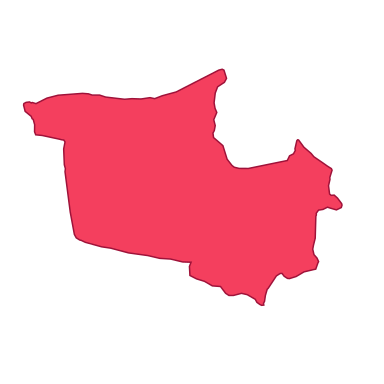 the district of Quesada, Jutiapa, Guatemala, rotated 346°
{"feature_id": "79465075B71071315687381", "entity_name": "Quesada", "entity_type": "district", "adm_level": 2, "iso_a3": "GTM", "parent_name": "Guatemala", "parent_adm1": "Jutiapa", "projection": "orthographic", "projection_center": [-90.049, 14.283], "detail": "fine", "context": "isolated", "style": "filled", "palette": "rose", "viewbox_px": 384, "rotation_deg": 346, "n_neighbors": 0, "source": "geoboundaries", "source_scale": "gbopen_adm2", "svg_char_len": 1864}
<svg xmlns="http://www.w3.org/2000/svg" viewBox="0 0 384 384"><g transform="rotate(346 192 192)"><path d="M54.2,98.7L60.3,100.9L76.4,108.8L78.0,109.7L79.2,110.2L80.2,110.6L80.9,112.7L77.9,119.2L74.7,134.7L74.8,138.7L73.7,141.6L69.0,182.0L67.6,204.7L68.6,208.5L71.4,211.4L72.9,212.2L76.3,215.0L77.2,215.5L91.0,223.3L99.5,226.8L115.6,235.7L133.8,243.0L144.7,248.6L154.8,251.8L166.0,257.6L174.1,259.9L171.5,263.6L169.8,272.5L175.4,277.4L182.5,281.7L189.0,288.0L196.8,290.6L200.1,298.4L202.8,301.3L207.1,302.4L215.5,302.3L220.8,305.0L227.4,311.4L228.3,314.8L230.6,317.5L232.1,318.8L234.3,319.1L234.5,317.2L235.9,315.7L238.2,310.1L241.4,304.6L242.7,303.8L253.6,293.8L257.8,292.4L259.7,292.8L261.0,296.0L263.7,298.9L265.6,299.6L272.6,299.2L281.4,296.6L291.4,296.7L293.4,296.8L297.0,291.3L298.0,290.2L297.3,286.3L295.2,282.3L295.3,276.7L297.0,273.0L300.4,266.6L306.3,245.5L307.1,244.4L307.4,242.7L310.4,240.2L314.9,240.6L319.8,239.5L321.8,240.8L327.8,244.3L333.1,243.2L334.4,241.0L334.4,239.5L331.7,233.1L329.2,229.4L326.2,228.9L325.0,227.3L326.0,218.9L328.9,213.2L329.2,211.3L333.2,204.7L332.9,203.0L331.8,201.9L329.6,199.6L325.9,195.3L318.8,187.3L316.9,183.4L311.4,175.6L308.0,167.3L307.1,166.9L306.1,167.6L302.3,175.1L302.3,176.6L299.7,179.5L295.4,180.5L292.1,184.5L252.4,182.8L243.4,180.5L239.0,178.2L237.2,175.9L234.0,168.7L233.2,154.5L226.1,144.4L226.6,139.9L228.5,137.8L230.6,133.2L230.6,127.1L235.3,120.8L234.6,116.4L235.0,110.8L238.5,101.6L242.3,96.1L250.0,93.4L253.0,90.1L252.5,81.5L251.0,80.2L247.5,80.2L200.8,91.1L186.4,91.4L178.4,92.4L174.1,90.3L165.0,89.4L156.3,86.9L149.0,85.7L131.2,79.0L125.8,75.6L118.6,73.8L115.3,71.7L109.6,69.8L85.5,65.7L74.0,65.8L62.0,68.5L58.6,66.5L57.6,66.7L56.1,65.3L52.7,64.9L50.3,65.5L49.6,66.9L49.6,73.4L54.3,79.7L54.6,82.2L55.5,83.2L55.6,88.7L53.8,95.5L54.2,98.7Z" fill="#f43f5e" stroke="#9f1239" stroke-width="1.5"/></g></svg>